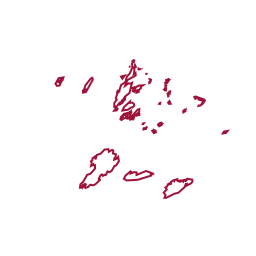 Banggai Laut, Sulawesi Tengah, Indonesia, rotated 228°
{"feature_id": "22746128B78411617556279", "entity_name": "Banggai Laut", "entity_type": "district", "adm_level": 2, "iso_a3": "IDN", "parent_name": "Indonesia", "parent_adm1": "Sulawesi Tengah", "projection": "equal_earth", "projection_center": [123.625, -1.86], "detail": "fine", "context": "isolated", "style": "outline", "palette": "rose", "viewbox_px": 256, "rotation_deg": 228, "n_neighbors": 0, "source": "geoboundaries", "source_scale": "gbopen_adm2", "svg_char_len": 6073}
<svg xmlns="http://www.w3.org/2000/svg" viewBox="0 0 256 256"><g transform="rotate(228 128 128)"><path d="M115.8,52.3L114.3,54.1L114.5,55.2L115.0,55.3L114.5,54.6L114.9,54.7L114.7,53.9L115.1,53.7L115.6,55.0L115.6,56.6L114.5,56.4L115.3,58.4L114.3,58.9L113.1,56.4L111.9,56.2L110.9,59.1L111.1,62.0L108.7,63.8L108.0,66.1L108.2,73.3L109.0,71.7L110.0,72.5L111.2,76.0L110.9,77.6L109.2,77.3L109.0,79.2L108.1,79.5L108.0,81.1L108.9,82.1L109.4,83.8L107.5,84.7L107.1,87.2L108.9,92.7L108.1,94.0L109.5,99.1L113.1,101.3L112.8,99.0L113.7,96.5L114.6,97.8L114.0,98.3L116.5,101.4L119.2,99.8L121.1,102.0L122.3,101.6L123.2,97.9L125.3,99.3L127.7,96.1L127.2,90.6L128.8,86.8L126.4,82.8L128.9,84.4L129.2,81.4L127.8,79.7L128.0,78.1L126.2,77.6L124.6,75.3L124.2,77.9L123.5,77.2L122.5,78.6L119.9,76.3L119.1,69.6L120.5,66.3L118.0,58.6L118.0,55.0L115.8,52.3ZM53.1,111.1L51.7,108.4L50.6,109.6L48.1,118.5L46.2,122.1L46.2,132.6L46.7,133.3L47.0,132.1L47.7,133.5L47.2,134.5L45.6,134.1L44.6,138.1L45.2,140.3L46.6,141.2L50.6,138.1L50.8,135.9L50.4,135.6L50.3,136.4L49.9,136.3L50.0,135.4L51.0,135.3L51.0,136.2L52.0,134.6L51.2,133.1L52.8,133.1L53.1,130.9L54.0,130.3L54.3,131.2L55.4,129.5L56.5,130.1L56.4,128.6L57.1,130.1L58.4,127.4L57.8,126.8L58.8,126.6L59.2,124.1L57.7,122.7L58.5,120.9L58.9,122.5L59.5,120.3L58.3,117.4L58.8,116.0L56.4,115.7L56.1,111.3L53.1,111.1ZM155.8,134.6L152.9,131.9L151.7,134.5L152.3,138.1L151.6,137.9L152.0,141.2L151.0,144.5L152.0,145.7L152.2,141.7L152.6,141.9L152.3,143.9L153.4,146.6L153.0,152.5L158.9,161.2L159.3,159.4L160.8,158.4L161.3,154.1L163.4,158.4L164.6,151.7L161.8,146.8L161.7,145.6L162.5,145.4L162.0,144.1L161.0,145.2L160.8,143.1L158.1,138.7L156.6,138.6L155.8,134.6ZM93.0,90.9L89.9,91.9L83.0,100.6L77.2,113.2L78.2,114.0L77.5,114.9L78.4,114.7L78.1,115.8L84.0,112.6L87.4,102.9L89.3,104.7L91.1,103.0L92.3,99.9L92.8,101.1L94.1,100.8L94.3,94.3L93.0,90.9ZM164.5,157.6L161.9,168.9L164.2,170.6L164.5,170.3L164.2,169.3L164.0,170.2L163.4,169.5L164.3,168.7L168.4,173.2L169.6,172.1L169.5,170.6L167.3,165.7L167.0,161.6L164.5,157.6ZM146.3,146.9L146.2,139.1L144.7,135.5L141.7,140.1L141.1,144.3L140.2,145.0L140.4,147.6L142.3,148.6L144.2,148.0L145.6,145.9L146.3,146.9ZM186.0,119.5L184.3,118.3L182.9,120.8L187.4,134.1L189.1,135.1L189.7,133.6L188.2,124.9L186.3,121.7L184.7,122.6L185.3,119.7L186.0,120.6L186.0,119.5ZM211.4,109.8L209.4,103.7L206.9,103.4L205.4,105.5L207.3,109.9L207.8,108.8L207.0,107.7L209.5,106.6L208.3,112.6L206.8,110.4L208.8,113.9L211.4,109.8ZM150.5,157.3L149.9,160.5L148.9,161.2L149.0,164.3L150.0,165.0L149.7,167.8L152.4,164.3L153.0,161.4L152.2,158.8L150.5,157.3ZM135.2,147.5L133.8,135.6L132.8,135.2L132.4,147.0L134.5,149.1L135.2,147.5ZM106.9,197.1L105.7,198.7L103.1,200.1L101.2,199.8L97.6,202.4L96.2,197.2L96.0,200.2L96.9,203.5L98.1,203.7L106.3,199.2L106.9,197.1ZM137.3,132.7L135.0,134.1L135.6,137.6L136.9,138.7L136.3,138.7L136.8,139.1L137.5,137.9L136.8,139.6L137.8,141.9L137.9,140.6L138.6,141.4L138.9,138.8L137.2,135.2L136.8,133.4L138.1,135.0L137.3,132.7ZM139.9,128.4L138.3,128.7L137.8,131.1L138.0,131.8L138.5,129.2L139.2,130.2L139.3,129.0L139.6,131.3L140.6,131.1L140.2,132.2L140.6,134.2L139.5,134.6L139.6,137.6L141.2,134.5L140.8,130.6L139.9,128.4ZM109.7,144.1L106.9,143.8L106.1,145.9L107.6,146.5L108.2,145.0L109.4,145.4L109.7,144.1ZM59.2,200.1L61.2,196.8L60.5,194.8L58.8,197.4L59.2,200.1ZM136.6,188.4L135.2,186.1L136.2,191.2L137.3,190.9L137.8,189.0L137.1,188.4L137.8,188.2L136.7,187.2L136.6,188.4ZM170.9,157.2L168.4,156.8L169.2,160.5L170.9,157.2ZM150.1,129.3L148.7,131.3L149.2,133.1L151.0,133.1L150.1,129.3ZM118.7,174.5L117.5,175.9L120.2,176.8L120.1,174.8L118.7,174.5ZM151.0,136.7L150.5,140.8L151.1,142.9L151.9,140.4L151.0,136.7ZM116.6,138.5L115.3,140.7L116.3,143.2L116.0,140.0L116.8,139.7L117.0,140.7L117.3,139.4L116.6,138.5ZM109.4,152.2L108.4,152.3L107.7,155.0L108.0,156.1L108.2,155.0L108.6,155.8L108.3,153.6L109.6,153.5L109.4,152.2ZM173.4,175.6L173.3,176.5L173.7,177.6L174.6,177.6L174.8,176.0L174.2,175.6L173.9,176.7L173.4,175.6ZM131.2,180.7L130.5,181.3L132.0,182.9L132.3,182.3L131.2,180.7ZM155.1,158.0L153.8,157.8L153.7,158.5L154.3,159.2L155.1,158.0ZM102.6,179.6L102.3,181.0L103.5,180.4L103.9,181.5L103.6,180.4L102.6,179.6ZM147.2,173.9L147.1,175.2L147.7,176.1L147.9,174.5L147.2,173.9ZM165.4,174.8L164.1,175.2L163.8,176.3L165.4,174.8ZM131.4,138.7L131.7,136.9L130.9,137.6L131.4,138.7ZM125.1,167.3L124.4,168.0L125.1,168.8L125.4,168.2L125.1,167.3ZM149.9,176.7L147.7,176.2L148.1,176.9L148.7,177.3L149.6,177.1L149.9,176.7ZM132.5,180.8L131.8,181.5L132.7,182.0L132.5,180.8ZM96.1,197.1L97.4,195.7L97.2,195.2L96.1,197.1ZM153.3,156.8L152.1,156.3L151.9,156.5L153.3,156.8ZM148.1,159.4L147.8,160.3L148.5,160.4L148.9,159.1L148.5,160.3L148.1,159.4ZM131.0,144.6L130.4,145.4L131.1,146.6L131.0,144.6ZM170.0,175.3L169.2,174.1L168.4,174.4L168.2,174.7L170.0,175.3ZM126.1,180.3L125.6,180.1L126.4,181.7L126.1,180.3ZM110.6,152.8L109.9,152.7L110.5,153.6L110.6,152.8ZM133.9,184.4L134.5,184.1L133.9,183.6L133.9,184.4ZM120.9,142.9L121.4,142.1L121.2,141.6L120.7,142.0L120.9,142.9ZM136.6,185.8L135.6,185.6L136.4,186.4L136.6,185.8ZM109.4,155.7L108.9,156.4L109.5,156.3L109.4,155.7ZM125.6,179.3L124.7,179.0L124.6,180.6L124.9,179.1L125.6,179.3ZM173.2,170.3L172.4,170.3L172.0,171.0L172.5,170.4L173.2,170.3ZM127.2,183.3L126.3,182.9L127.0,183.7L127.2,183.3ZM153.2,161.1L153.7,160.5L153.3,160.1L153.2,161.1ZM148.8,158.9L148.5,158.3L148.2,159.0L148.8,158.9ZM173.0,173.6L172.2,173.2L173.3,174.5L173.0,173.6ZM104.4,198.0L105.2,196.9L103.9,198.3L104.4,198.0ZM127.1,180.4L126.5,180.1L127.1,182.0L127.1,180.4ZM131.5,143.1L131.8,142.0L131.1,143.3L131.5,143.1ZM125.8,181.7L125.5,182.1L126.1,182.5L125.8,181.7ZM110.0,154.8L109.4,154.8L109.9,155.3L110.0,154.8ZM156.7,177.5L156.0,177.6L156.0,177.9L156.7,177.5ZM165.3,175.7L165.7,174.9L165.0,175.7L165.3,175.7ZM171.0,172.5L171.5,171.6L170.8,172.4L171.0,172.5ZM109.2,145.9L108.9,145.6L108.6,146.1L109.2,145.9ZM102.4,182.2L102.2,181.5L102.0,181.2L102.1,181.9L102.4,182.2ZM102.2,199.5L102.6,199.1L102.1,199.4L102.2,199.5ZM103.8,182.3L103.8,181.6L103.7,182.4L103.8,182.3ZM127.1,182.9L127.3,182.8L127.2,182.3L127.1,182.9Z" fill="none" stroke="#9f1239" stroke-width="2"/></g></svg>